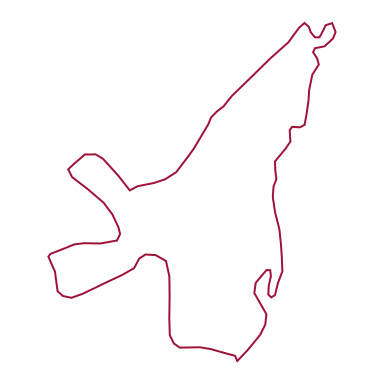 Al-Risafa, Baghdad, Iraq
{"feature_id": "34846034B3571197787035", "entity_name": "Al-Risafa", "entity_type": "district", "adm_level": 2, "iso_a3": "IRQ", "parent_name": "Iraq", "parent_adm1": "Baghdad", "projection": "natural_earth1", "projection_center": [44.486, 33.326], "detail": "fine", "context": "isolated", "style": "outline", "palette": "rose", "viewbox_px": 384, "rotation_deg": 0, "n_neighbors": 0, "source": "geoboundaries", "source_scale": "gbopen_adm2", "svg_char_len": 1532}
<svg xmlns="http://www.w3.org/2000/svg" viewBox="0 0 384 384"><path d="M68.2,169.3L72.1,177.1L87.1,188.6L103.5,202.6L112.4,214.4L118.4,227.2L120.1,234.0L117.0,240.5L100.3,243.5L84.4,243.2L74.3,244.4L62.7,249.1L50.4,253.9L48.4,256.6L52.1,265.2L55.0,271.7L56.2,280.9L57.6,291.3L61.0,294.3L62.9,296.0L71.4,297.8L82.5,293.9L104.4,283.3L122.3,274.9L134.1,268.1L139.2,258.6L145.5,254.5L155.6,255.1L166.0,261.0L169.3,276.1L169.4,278.7L169.6,296.9L169.3,318.6L169.8,335.2L173.9,343.5L179.7,347.6L200.0,347.3L210.9,349.1L223.5,352.7L235.0,355.8L237.3,361.0L247.6,350.1L256.8,339.0L260.3,334.6L265.3,324.5L266.4,314.2L254.3,293.0L255.7,282.9L261.0,276.5L264.9,272.0L266.6,270.0L270.2,270.2L270.9,276.1L268.8,285.6L268.3,294.4L271.2,297.4L275.0,295.1L277.9,283.1L282.4,271.3L281.8,257.1L280.9,243.8L279.4,229.4L275.0,211.9L272.8,197.0L273.5,186.7L276.4,179.1L275.3,170.3L275.0,161.4L285.6,148.6L290.4,141.6L289.7,130.1L292.1,126.9L300.0,127.3L304.6,124.8L306.6,113.9L308.5,100.7L309.2,89.9L312.3,74.7L318.8,64.6L317.2,58.5L313.1,52.2L315.0,48.2L324.6,46.3L333.0,38.5L335.6,32.0L332.1,23.1L325.6,25.3L323.5,29.7L321.0,34.7L319.4,37.3L314.8,37.3L312.8,34.7L310.7,32.2L308.9,26.9L304.5,23.0L299.0,27.8L292.4,36.8L290.9,38.9L288.2,42.5L270.1,58.6L252.5,75.9L231.9,95.9L223.5,106.4L217.2,111.2L211.1,117.4L208.3,124.3L202.7,133.7L193.9,148.5L188.6,155.9L176.2,172.2L165.3,179.2L154.3,182.9L137.7,186.2L129.8,190.4L118.4,175.8L103.1,158.9L95.5,154.3L90.4,154.5L85.0,154.4L74.5,163.4L68.2,169.3Z" fill="none" stroke="#9f1239" stroke-width="2"/></svg>